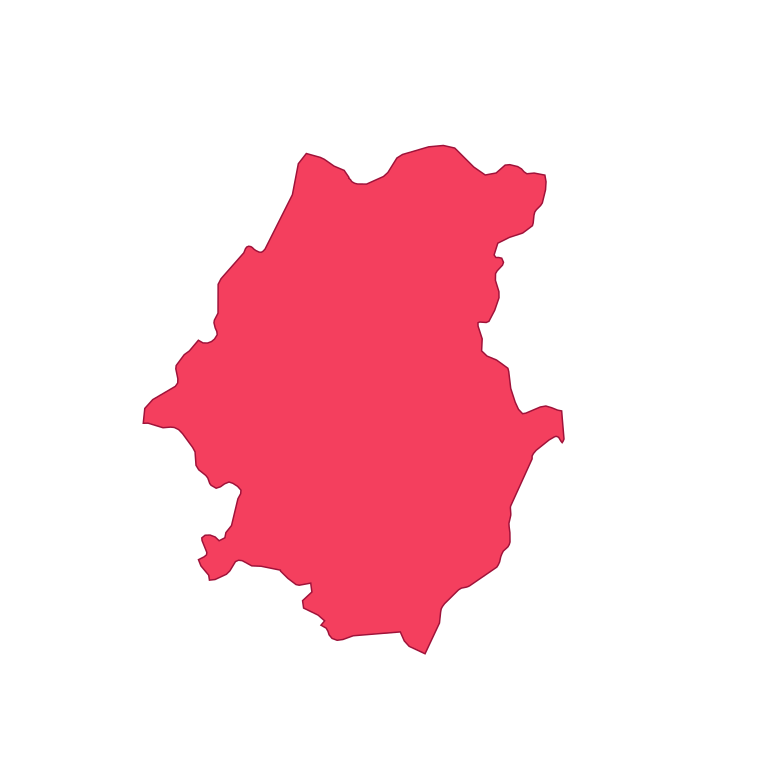 map outline of Turin (Albers equal-area conic projection), rotated 133°
{"feature_id": "ITA-5434", "entity_name": "Turin", "entity_type": "Province", "adm_level": 1, "iso_a3": "ITA", "parent_name": "Italy", "parent_adm1": "", "projection": "albers", "projection_center": [7.434, 45.157], "detail": "fine", "context": "isolated", "style": "filled", "palette": "rose", "viewbox_px": 768, "rotation_deg": 133, "n_neighbors": 0, "source": "natural_earth", "source_scale": "10m", "svg_char_len": 2907}
<svg xmlns="http://www.w3.org/2000/svg" viewBox="0 0 768 768"><g transform="rotate(133 384 384)"><path d="M268.4,598.0L261.7,585.1L260.4,581.0L258.7,569.1L254.9,558.7L255.1,558.1L256.8,550.5L257.5,550.2L257.4,547.8L257.8,546.6L257.9,545.1L257.2,542.3L255.8,539.8L249.7,533.1L232.6,525.9L226.7,525.4L209.9,528.7L203.5,527.0L180.1,513.1L169.1,503.3L163.2,493.2L164.1,466.3L162.1,452.5L153.2,445.9L141.3,444.7L137.8,441.6L133.8,434.5L132.9,430.1L133.3,426.3L132.8,422.9L127.3,418.0L121.5,408.8L125.6,403.4L130.6,399.3L131.8,398.3L143.6,391.7L146.6,391.2L152.7,391.4L155.4,391.0L158.3,389.4L164.5,384.7L167.0,383.4L178.9,385.5L191.3,392.3L203.4,396.8L214.5,391.5L215.2,388.5L213.2,386.3L211.7,383.7L213.5,379.6L216.2,378.4L224.1,378.4L227.2,377.7L232.2,373.2L238.1,362.9L242.5,358.7L254.6,353.3L266.6,350.0L269.3,351.2L273.5,356.4L275.2,357.0L277.5,354.7L284.0,343.0L293.2,335.2L293.3,327.7L289.7,318.0L288.0,304.1L289.8,301.3L300.8,288.3L307.8,275.7L310.8,268.4L311.2,262.4L308.6,260.4L294.2,254.0L289.7,250.6L287.0,245.2L284.7,239.2L282.5,235.7L287.2,230.6L301.5,214.8L303.7,214.0L305.4,213.7L305.2,215.4L304.0,219.5L304.0,219.9L304.1,220.7L304.5,221.9L305.4,222.8L306.4,223.3L312.3,225.1L328.7,227.5L332.8,227.3L335.6,226.6L337.8,224.6L387.0,208.1L388.3,207.2L392.6,202.6L393.8,201.6L400.7,197.6L402.9,195.3L406.9,190.5L413.6,184.1L416.0,182.9L418.6,182.3L424.8,182.8L427.7,182.0L430.7,180.8L435.3,178.1L438.3,177.1L441.0,176.6L473.4,183.8L475.1,184.5L476.5,185.3L480.5,188.2L483.7,189.1L503.4,189.9L506.9,189.5L509.4,188.8L512.1,187.1L521.0,180.4L553.3,170.0L558.7,186.6L558.1,193.9L554.2,203.0L589.1,234.8L598.9,239.8L603.4,243.5L605.5,248.5L604.9,253.1L603.1,256.3L602.0,259.8L603.4,265.6L597.7,265.9L598.0,274.7L602.7,290.0L598.0,295.8L585.3,294.9L579.6,301.8L589.0,308.8L590.7,311.6L591.7,321.7L591.4,332.1L590.8,332.8L601.1,349.6L607.2,356.7L609.9,367.2L612.1,370.2L615.2,371.5L625.7,369.3L630.6,369.5L642.2,374.2L646.5,377.9L643.4,381.8L641.9,393.8L639.0,399.9L633.1,397.7L630.0,397.3L628.0,398.7L622.6,410.3L620.8,412.3L616.6,411.7L613.1,408.2L611.0,403.1L611.1,397.7L605.0,395.5L600.5,398.3L591.5,399.0L567.5,412.6L562.0,414.0L559.2,416.2L558.7,421.3L559.7,426.8L561.4,430.5L565.7,432.5L570.7,433.5L574.7,435.7L576.0,441.4L575.6,443.6L572.9,448.8L572.4,452.1L573.1,461.0L571.7,466.0L562.5,475.9L560.9,480.7L557.7,497.4L557.4,503.1L558.8,507.7L561.1,510.7L566.7,515.8L573.6,529.9L576.9,533.3L565.0,542.3L553.1,542.5L528.0,535.0L523.9,535.6L520.8,538.3L514.9,546.6L512.2,548.6L498.8,550.1L492.6,548.9L478.6,549.6L477.4,544.4L474.4,541.0L470.6,539.1L466.7,538.6L461.7,539.6L459.6,542.1L458.1,545.7L455.2,550.1L453.0,551.6L445.4,553.7L424.2,573.3L418.1,575.0L383.6,576.0L379.5,577.6L377.4,577.8L375.5,576.9L374.3,575.0L374.0,573.2L374.1,571.2L373.8,568.8L372.7,565.3L371.4,563.6L369.4,563.0L366.5,563.0L308.0,580.1L281.3,596.9L268.4,598.0Z" fill="#f43f5e" stroke="#9f1239" stroke-width="1.5"/></g></svg>